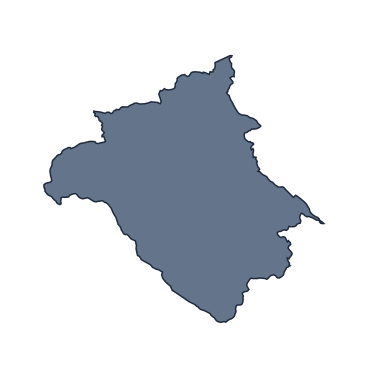 the district of Piracanjuba, Goiás, Brazil, rotated 142°
{"feature_id": "56859067B59858987143707", "entity_name": "Piracanjuba", "entity_type": "district", "adm_level": 2, "iso_a3": "BRA", "parent_name": "Brazil", "parent_adm1": "Goiás", "projection": "natural_earth1", "projection_center": [-49.012, -17.324], "detail": "fine", "context": "isolated", "style": "filled", "palette": "slate", "viewbox_px": 384, "rotation_deg": 142, "n_neighbors": 0, "source": "geoboundaries", "source_scale": "gbopen_adm2", "svg_char_len": 6016}
<svg xmlns="http://www.w3.org/2000/svg" viewBox="0 0 384 384"><g transform="rotate(142 192 192)"><path d="M159.9,73.5L160.2,74.9L159.0,76.0L159.0,77.5L158.4,79.9L157.5,81.3L156.8,79.6L155.5,80.1L154.3,80.5L152.8,80.8L151.2,81.6L150.7,82.9L150.9,87.3L150.7,88.9L148.6,89.9L146.5,89.9L145.7,91.6L146.0,94.3L147.5,94.0L146.6,98.8L147.3,100.3L148.5,101.0L149.7,101.2L150.4,102.2L150.7,104.7L150.4,106.9L149.3,107.6L147.4,107.1L146.2,106.3L143.6,105.9L142.5,105.3L141.4,103.7L139.4,103.6L138.4,104.3L136.8,105.2L135.9,104.2L134.4,102.9L133.1,101.9L131.2,101.4L129.4,101.8L128.0,101.8L125.9,100.8L124.0,102.3L123.4,104.7L122.5,105.9L121.4,106.9L120.1,107.5L118.6,107.8L117.7,104.9L117.5,103.5L116.7,101.7L114.8,100.7L114.3,99.5L113.0,97.6L112.2,95.8L111.7,94.6L111.3,93.3L110.1,92.2L108.8,91.1L108.4,92.6L108.6,94.6L109.4,95.7L110.3,98.0L110.9,99.8L111.2,102.1L111.1,103.6L110.7,105.1L110.0,106.6L109.8,108.6L109.3,112.3L109.5,114.3L109.7,115.7L110.3,118.3L110.6,119.8L111.5,123.4L112.3,125.6L115.4,125.4L116.8,136.5L116.7,138.2L117.3,140.1L118.7,141.1L120.0,141.9L121.1,143.1L121.4,144.4L122.2,146.3L122.5,150.1L123.6,151.9L123.7,153.5L124.0,155.2L123.7,157.8L124.4,159.9L125.5,161.9L125.9,163.7L126.1,166.3L127.3,167.7L126.2,168.0L124.8,168.2L124.5,169.6L124.6,171.3L123.1,175.4L121.9,175.5L121.6,177.0L121.6,178.8L120.1,179.8L121.1,181.1L122.4,181.5L120.5,184.6L118.8,186.0L117.6,187.1L117.3,188.8L119.3,188.6L118.9,190.2L117.2,191.5L115.4,191.5L113.9,191.8L113.8,193.4L115.1,194.4L115.0,195.8L116.5,196.5L116.9,197.9L117.4,200.0L117.5,201.6L116.5,203.7L115.9,204.8L114.2,206.0L112.9,205.5L111.8,205.2L109.6,205.2L108.4,204.6L106.2,204.9L104.9,203.7L103.8,203.0L101.9,202.0L100.4,201.7L98.7,201.4L97.2,201.7L97.4,203.8L97.8,206.2L97.3,208.4L98.4,212.0L99.4,213.6L100.4,214.4L101.0,216.5L101.5,218.1L103.0,219.9L104.1,220.9L105.4,222.1L106.7,224.9L106.8,226.4L106.4,231.0L106.1,232.8L105.3,236.7L104.6,241.6L104.1,243.2L103.3,245.1L103.9,247.1L103.6,249.1L102.0,248.9L101.0,250.3L99.1,250.8L98.1,251.4L96.7,252.4L95.3,252.7L92.9,252.6L91.9,253.9L91.9,256.8L91.7,258.7L90.2,258.4L88.6,257.9L87.7,256.9L86.8,258.6L85.6,259.5L84.1,261.3L84.0,263.1L84.3,264.8L83.7,266.7L81.8,268.7L81.7,270.9L81.4,272.3L80.3,274.6L77.8,274.0L76.6,274.8L77.9,276.0L94.2,279.8L95.7,277.6L97.1,276.1L98.2,275.2L100.1,275.3L101.4,273.8L102.7,274.4L103.7,275.7L106.0,274.0L108.3,278.2L109.4,279.5L110.5,278.8L111.9,281.4L115.2,284.5L117.2,285.9L119.0,286.5L123.0,285.3L124.5,285.9L125.1,287.3L125.4,289.0L128.6,290.7L130.7,290.7L132.4,291.0L133.8,290.7L134.9,289.2L136.7,288.1L138.5,287.7L139.6,286.3L141.4,284.7L143.4,284.7L145.1,285.5L147.3,286.5L149.6,288.9L150.1,290.5L151.8,290.3L153.3,290.1L154.5,291.5L156.0,290.7L157.9,289.5L158.8,287.2L159.5,285.0L160.8,282.0L162.8,281.2L164.1,283.9L168.8,288.3L171.4,289.0L175.0,290.7L176.9,292.0L179.0,293.5L180.7,296.0L182.5,297.3L185.4,297.8L186.9,298.3L188.2,298.5L190.0,298.4L192.2,300.0L193.6,301.3L194.6,302.1L196.4,302.3L198.6,301.6L200.8,303.7L202.0,303.2L203.0,304.0L204.2,304.0L205.2,303.3L206.7,303.3L207.9,304.2L208.1,305.7L209.2,306.7L210.3,307.3L211.8,307.3L213.1,308.8L214.7,311.1L217.2,313.7L218.4,314.7L219.5,316.2L220.5,315.2L220.0,313.4L221.5,312.1L221.5,310.9L220.1,309.9L219.9,308.3L220.4,306.8L221.0,305.7L220.2,302.4L220.4,300.9L222.2,300.3L222.1,298.8L223.9,297.6L224.8,296.6L224.6,292.7L228.0,292.0L228.9,290.9L227.3,290.1L229.0,285.1L230.6,285.4L234.4,287.3L236.2,288.0L237.5,289.5L237.5,291.5L240.3,294.0L241.9,295.0L244.0,295.9L245.0,296.5L246.2,296.9L247.7,297.6L249.0,298.5L251.0,299.2L256.6,299.5L258.2,300.0L260.7,300.6L260.6,302.0L261.9,303.1L264.7,303.5L266.0,304.0L267.6,304.2L269.2,304.0L270.8,302.9L272.9,302.8L274.4,303.6L276.1,303.7L277.7,303.3L282.3,302.7L284.3,301.1L286.0,299.1L287.5,298.5L289.4,297.4L291.1,295.9L293.0,292.6L293.5,291.5L294.2,289.9L295.0,288.2L296.0,287.0L297.9,287.0L299.3,287.8L300.5,288.3L302.1,288.9L304.2,288.9L305.1,287.8L306.0,286.1L306.1,284.7L307.4,283.2L307.4,281.0L307.3,278.5L305.5,274.9L305.6,273.2L305.3,270.4L304.8,268.2L305.2,266.7L304.8,265.1L303.9,263.4L302.5,263.3L301.8,264.3L300.8,266.0L299.7,266.8L298.9,268.1L297.6,267.8L293.5,264.7L292.1,264.1L290.8,264.6L289.5,264.5L288.0,264.1L285.6,263.1L284.3,261.8L284.4,258.3L284.0,256.6L283.4,255.5L282.4,254.0L281.3,253.4L279.0,252.4L278.0,251.8L277.3,250.7L276.7,249.3L275.2,245.0L273.5,243.2L272.3,242.7L267.8,240.2L267.3,237.7L266.2,236.3L265.7,234.1L265.6,232.3L265.7,228.6L266.9,224.3L267.3,221.5L267.5,219.1L267.9,217.8L268.8,215.6L269.3,214.0L270.2,212.0L269.9,209.6L270.3,207.2L271.1,205.5L271.1,203.7L271.6,201.2L270.9,199.6L269.5,198.8L269.0,197.0L268.9,192.6L266.7,188.3L267.7,186.3L268.7,184.1L270.8,182.0L272.5,178.8L274.0,175.5L273.0,173.6L273.6,169.9L272.3,166.7L269.6,160.4L269.4,156.7L267.8,153.4L266.1,151.1L264.6,147.1L267.0,145.4L268.2,141.8L268.2,137.8L267.8,134.6L266.9,131.3L267.4,129.2L267.8,127.9L268.2,126.5L267.2,124.2L266.1,120.9L263.3,112.1L262.8,110.4L262.3,109.0L262.0,107.7L259.9,103.4L259.1,101.8L258.6,98.8L257.9,97.8L258.0,96.2L257.5,94.3L256.8,93.1L255.0,90.4L254.4,89.2L253.8,87.7L253.1,86.2L252.6,84.9L252.9,82.9L252.4,80.9L251.8,79.0L252.0,76.6L251.9,75.3L251.4,73.8L250.6,73.0L249.8,71.7L246.5,70.2L245.6,68.7L241.6,68.6L240.4,68.4L238.9,67.8L237.6,67.8L235.7,67.9L234.3,68.6L233.2,69.4L231.9,70.0L230.7,71.0L229.7,73.0L228.0,74.5L226.7,75.2L225.3,74.7L223.8,73.4L222.2,72.8L221.0,73.2L219.8,74.0L218.5,75.2L217.4,76.4L216.8,77.6L215.7,78.3L215.3,79.9L214.6,81.3L213.0,81.4L211.9,81.0L210.8,80.4L209.3,79.8L207.1,80.1L207.0,81.9L206.4,84.9L204.4,86.2L200.3,87.6L198.9,87.8L197.7,86.9L197.0,86.0L195.7,85.1L194.0,83.7L192.4,83.0L191.2,82.2L190.0,81.1L187.7,78.8L186.8,77.2L184.8,77.1L183.2,77.6L181.5,77.6L179.9,77.1L178.4,76.2L177.7,74.6L177.7,73.2L177.6,71.8L175.9,70.4L174.1,70.2L172.5,70.2L171.4,70.2L170.0,71.0L168.6,72.2L165.7,73.3L163.9,74.2L162.5,73.8L161.3,73.8L159.9,73.5ZM107.5,86.0L107.8,87.7L108.2,89.2L108.8,91.1L109.9,89.9L109.8,88.1L108.7,86.8L107.5,86.0Z" fill="#64748b" stroke="#1e293b" stroke-width="1.5"/></g></svg>